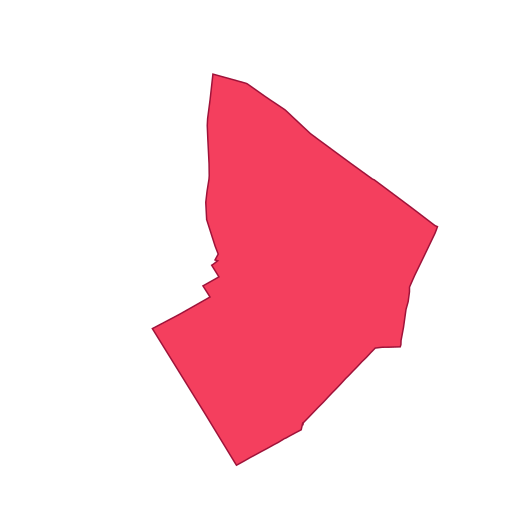 outline of Dorobanti, Arad, Romania, rotated 228°
{"feature_id": "2599482B12324082496079", "entity_name": "Dorobanti", "entity_type": "district", "adm_level": 2, "iso_a3": "ROU", "parent_name": "Romania", "parent_adm1": "Arad", "projection": "natural_earth1", "projection_center": [21.224, 46.354], "detail": "fine", "context": "isolated", "style": "filled", "palette": "rose", "viewbox_px": 512, "rotation_deg": 228, "n_neighbors": 0, "source": "geoboundaries", "source_scale": "gbopen_adm2", "svg_char_len": 1314}
<svg xmlns="http://www.w3.org/2000/svg" viewBox="0 0 512 512"><g transform="rotate(228 256 256)"><path d="M162.2,408.7L187.3,404.0L233.6,394.8L235.2,394.0L262.2,388.2L301.1,380.2L310.7,378.3L320.2,377.5L335.4,376.2L341.8,375.7L345.0,375.4L351.5,373.8L362.8,370.9L369.4,369.3L389.8,364.7L391.1,364.1L420.0,345.7L402.9,326.5L390.5,312.0L385.6,307.1L375.7,298.9L355.8,282.7L346.9,274.9L344.5,272.4L337.0,263.1L329.5,254.6L327.3,252.8L317.2,244.6L316.9,244.4L316.3,243.8L290.6,232.2L282.7,229.2L280.5,222.9L278.1,224.3L278.4,219.8L278.5,218.5L278.8,216.9L265.3,214.5L269.3,196.6L256.3,194.4L263.9,160.0L271.4,130.4L172.3,112.5L116.5,102.0L113.6,101.5L113.0,103.9L111.5,110.3L110.2,116.5L108.6,122.9L107.1,129.2L105.5,135.6L103.9,142.7L102.5,148.2L101.3,154.9L100.7,156.4L99.8,160.5L98.2,167.1L96.6,173.3L100.3,178.5L99.6,178.5L100.4,179.5L100.5,180.7L101.1,189.6L101.5,195.0L101.9,200.3L102.3,208.2L102.9,214.8L103.4,221.1L103.8,227.7L104.3,233.9L105.0,240.7L105.1,244.4L105.6,250.8L106.0,257.3L106.6,263.9L106.8,270.1L107.4,276.6L107.8,283.0L103.7,288.8L99.2,293.9L92.0,302.4L93.1,304.3L96.2,307.3L98.1,309.8L104.3,317.9L115.9,331.7L120.3,338.6L126.7,346.1L130.2,349.3L135.4,360.9L143.4,380.6L153.1,404.2L154.7,407.4L156.4,410.5L158.7,409.4L162.2,408.7Z" fill="#f43f5e" stroke="#9f1239" stroke-width="1.5"/></g></svg>